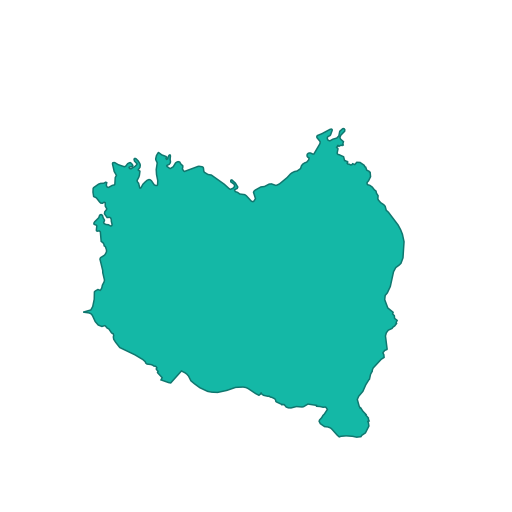 Ban Haet, Khon Kaen, Thailand (Albers equal-area conic projection), rotated 26°
{"feature_id": "78962969B76194280377642", "entity_name": "Ban Haet", "entity_type": "district", "adm_level": 2, "iso_a3": "THA", "parent_name": "Thailand", "parent_adm1": "Khon Kaen", "projection": "albers", "projection_center": [102.747, 16.218], "detail": "fine", "context": "isolated", "style": "filled", "palette": "teal", "viewbox_px": 512, "rotation_deg": 26, "n_neighbors": 0, "source": "geoboundaries", "source_scale": "gbopen_adm2", "svg_char_len": 6126}
<svg xmlns="http://www.w3.org/2000/svg" viewBox="0 0 512 512"><g transform="rotate(26 256 256)"><path d="M411.9,255.2L411.5,255.2L411.1,253.8L411.1,252.0L407.9,251.3L406.5,249.0L404.2,248.2L403.9,246.5L397.2,244.9L390.8,238.8L389.4,234.8L390.2,231.6L390.1,224.6L386.5,209.8L386.7,205.1L388.7,201.3L389.5,199.0L388.9,193.2L382.8,178.3L378.1,172.3L374.6,169.1L370.2,165.9L355.8,158.6L353.0,157.8L350.3,154.7L348.4,153.9L344.7,153.4L341.4,152.0L340.4,151.1L339.3,148.3L336.8,146.8L335.5,145.2L334.8,144.8L333.7,144.8L330.3,143.1L327.2,142.6L325.3,143.0L324.2,142.5L323.6,141.1L324.2,139.1L324.2,134.5L321.9,130.7L321.1,130.8L320.6,130.3L317.9,130.3L315.6,128.0L314.5,128.1L313.8,127.2L313.2,127.0L308.5,126.3L305.5,127.6L304.7,130.5L302.4,130.7L302.2,131.9L301.2,132.7L299.7,132.6L298.2,133.1L297.2,132.6L297.3,131.3L296.2,131.0L295.6,131.3L294.6,131.1L293.8,131.4L291.2,128.4L286.4,128.5L285.3,128.8L284.2,128.4L283.8,127.9L282.7,123.7L280.8,122.9L281.4,121.3L281.0,120.9L281.5,120.6L282.5,121.0L283.7,119.3L285.0,118.9L285.0,118.3L285.7,118.0L284.8,116.8L284.5,114.9L280.8,113.9L279.4,112.6L279.3,110.2L281.0,105.0L280.5,103.6L279.5,103.0L278.5,103.2L278.0,103.8L276.6,107.2L277.8,111.7L276.9,114.6L273.9,117.3L272.1,119.9L271.5,120.3L270.0,120.3L268.7,119.4L268.2,118.3L268.3,117.1L269.7,115.3L269.9,114.4L269.4,109.7L269.0,109.0L268.3,108.8L267.1,109.6L261.5,117.3L258.3,120.9L258.3,122.0L258.9,122.9L263.4,125.0L264.1,126.3L264.2,127.5L263.3,139.0L262.4,139.5L260.0,139.5L258.8,140.0L258.0,140.7L257.5,141.9L257.6,142.9L258.3,144.0L259.2,144.5L260.8,144.7L261.2,146.5L260.4,149.5L259.0,150.9L257.8,152.8L257.3,154.8L257.7,157.9L255.7,161.6L253.6,163.2L251.8,165.6L251.0,167.2L249.6,171.9L245.6,180.7L243.8,183.1L242.8,183.9L238.3,184.4L236.3,185.6L233.2,189.8L230.1,191.8L226.4,197.1L225.8,198.6L225.8,199.8L230.4,204.7L230.1,207.4L229.5,208.5L227.9,208.8L220.9,206.1L219.0,205.8L214.2,207.4L211.6,206.9L209.2,207.2L208.0,206.3L207.7,205.8L209.5,203.5L209.4,202.0L205.5,199.5L201.0,198.2L200.4,198.5L200.2,199.1L200.8,200.4L204.7,201.1L205.6,201.8L206.1,202.6L206.1,203.8L205.6,205.2L203.7,207.4L202.1,207.2L196.0,205.4L180.4,202.8L177.1,203.8L173.0,203.4L172.0,202.8L170.2,200.0L169.6,199.5L168.5,199.4L165.5,200.3L164.7,200.8L154.6,211.4L153.8,211.3L151.7,210.1L151.2,208.0L150.5,206.9L148.4,206.4L146.2,205.0L144.7,205.3L143.8,206.1L142.9,207.6L142.5,212.1L140.7,214.9L140.2,215.1L136.9,214.6L136.3,214.2L136.2,213.7L137.8,211.7L138.1,209.8L137.8,208.7L136.4,206.7L135.3,203.7L134.7,202.9L134.2,202.9L133.7,203.7L133.6,205.9L134.0,207.3L133.4,208.3L132.4,207.9L132.1,206.4L131.6,206.0L126.9,206.4L123.1,205.7L122.8,206.1L122.5,209.3L123.2,212.5L123.7,213.4L126.4,215.6L128.4,222.0L130.9,226.4L134.7,231.4L136.3,235.1L136.2,235.9L135.2,236.5L133.4,236.7L129.0,234.2L127.3,233.9L126.3,234.2L125.0,235.6L123.9,238.1L122.9,241.1L122.7,245.2L122.2,245.8L121.7,245.8L118.6,242.1L116.9,241.3L116.0,240.3L116.1,236.4L115.8,234.5L114.5,230.7L114.1,230.5L112.8,230.6L112.3,230.1L112.8,227.1L112.1,225.0L111.1,223.9L108.5,222.2L105.6,221.2L104.4,221.3L103.9,222.4L105.1,223.9L108.6,225.3L108.8,225.9L108.2,228.1L105.4,232.5L104.0,232.8L103.1,232.0L103.2,231.6L105.5,229.7L105.6,228.6L104.6,227.9L102.3,227.1L101.4,227.6L100.2,229.2L99.5,232.4L98.5,233.5L92.0,234.3L88.3,234.0L87.4,234.2L86.4,235.1L86.6,236.1L91.5,242.2L95.2,244.7L95.1,247.2L97.6,253.2L97.6,254.1L95.8,255.6L93.5,258.9L92.7,259.3L91.9,259.2L90.8,258.5L90.2,257.4L89.7,255.5L88.6,255.5L87.2,257.4L84.6,258.8L83.0,260.4L80.1,265.7L80.0,266.6L81.5,270.1L84.0,273.7L87.0,273.7L91.7,276.0L93.3,276.5L94.9,275.9L95.6,274.6L96.1,274.2L97.1,274.2L98.7,277.3L101.2,279.0L101.3,279.9L100.7,282.6L101.3,284.5L105.3,286.7L107.6,285.4L108.6,285.5L109.8,286.5L110.8,288.3L112.9,290.8L113.0,292.1L112.3,292.8L109.6,292.6L107.2,293.5L105.2,293.4L104.3,292.5L104.3,290.8L104.0,290.1L101.7,288.5L100.2,286.8L98.7,286.6L98.0,287.1L97.6,288.0L97.9,290.5L96.0,296.0L95.9,297.6L96.6,298.5L98.9,298.3L99.7,298.7L101.2,302.8L101.7,303.3L102.4,303.3L104.2,302.1L105.5,302.5L110.4,310.7L113.0,311.3L114.5,312.4L115.0,313.4L116.5,313.6L118.8,315.9L119.6,317.3L119.8,318.3L119.7,320.8L119.3,322.0L117.0,325.6L117.1,327.2L124.5,336.1L125.6,338.2L130.4,344.1L130.8,345.8L130.7,349.5L131.4,352.4L131.3,354.2L131.0,355.2L128.6,355.4L126.9,357.9L126.5,359.1L129.6,365.9L131.4,373.0L131.2,376.9L125.3,382.2L130.7,380.4L132.6,380.2L134.2,380.7L135.6,381.6L140.2,385.4L144.4,387.2L148.4,386.9L150.4,385.0L151.3,384.9L153.7,386.0L155.8,386.1L159.6,388.3L160.7,388.6L161.7,388.4L163.1,390.1L163.2,391.2L164.6,393.2L167.7,395.1L173.7,398.0L190.5,397.9L199.8,398.7L202.9,399.6L203.7,400.5L205.4,400.9L209.2,399.6L211.0,399.4L212.6,399.7L213.7,399.2L214.6,399.2L216.0,400.0L215.8,401.1L216.2,401.6L218.6,402.6L218.5,403.8L218.9,404.1L225.0,406.5L224.9,409.0L232.9,408.1L235.0,407.5L239.4,392.0L243.4,392.1L245.6,392.5L248.0,393.5L252.2,396.7L256.6,397.8L263.2,399.0L271.9,398.9L276.1,397.7L281.2,395.5L288.7,389.6L295.3,383.0L301.9,379.4L304.8,378.6L307.2,378.6L315.8,379.8L319.7,379.9L320.5,378.2L320.4,377.3L320.7,376.9L321.5,377.5L323.8,377.9L328.5,376.8L329.1,376.2L330.7,376.5L332.1,376.1L335.4,376.1L336.7,376.8L337.5,377.9L338.2,378.2L343.9,378.1L344.6,378.4L345.2,377.5L346.0,377.6L346.5,377.2L349.3,378.5L351.6,378.3L354.1,377.2L358.3,373.6L363.6,371.5L364.8,370.6L367.6,366.3L375.9,363.7L376.3,364.5L379.6,363.2L382.7,362.5L384.4,361.4L385.3,361.4L387.4,362.6L386.7,368.3L386.1,369.8L385.9,372.5L385.0,375.6L385.2,376.9L387.3,378.5L392.4,379.3L395.3,378.2L398.3,377.9L399.9,378.3L407.5,381.4L410.1,382.1L411.4,380.8L415.9,378.1L421.9,375.7L425.9,374.7L429.5,372.4L429.7,370.8L431.9,367.0L432.0,359.3L430.2,356.7L429.0,355.6L430.0,354.7L428.1,352.9L428.1,352.4L424.3,350.8L424.5,350.3L420.0,348.6L416.7,346.6L416.4,347.1L414.5,345.7L409.9,340.5L409.8,337.0L411.4,330.8L411.1,323.7L411.7,317.7L412.0,317.1L410.8,312.0L411.0,308.6L410.5,307.4L410.4,305.3L413.8,294.0L415.6,291.0L414.1,288.6L412.6,287.5L412.5,287.1L413.1,284.4L414.7,282.6L414.6,282.1L407.4,271.1L406.8,267.9L407.4,264.7L410.0,261.5L410.3,259.9L411.3,258.1L411.9,255.2Z" fill="#14b8a6" stroke="#0f766e" stroke-width="1.5"/></g></svg>